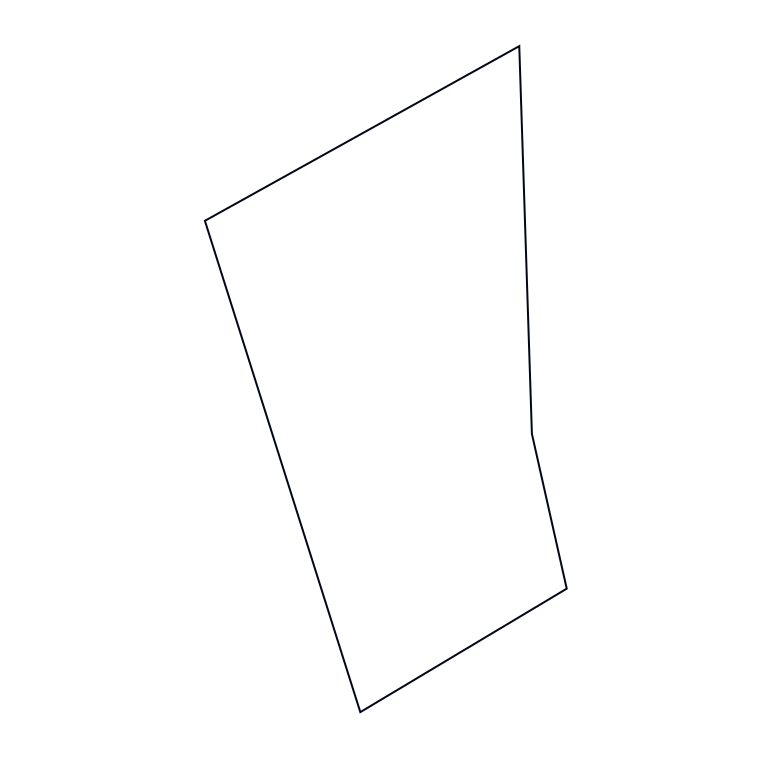 the border of Wong Tai Sin, rotated 265°
{"feature_id": "HKG-5160", "entity_name": "Wong Tai Sin", "entity_type": "state/province", "adm_level": 1, "iso_a3": "HKG", "parent_name": "Hong Kong S.A.R.", "parent_adm1": "", "projection": "mercator", "projection_center": [114.206, 22.344], "detail": "fine", "context": "isolated", "style": "outline", "palette": "ink", "viewbox_px": 768, "rotation_deg": 265, "n_neighbors": 0, "source": "natural_earth", "source_scale": "10m", "svg_char_len": 237}
<svg xmlns="http://www.w3.org/2000/svg" viewBox="0 0 768 768"><g transform="rotate(265 384 384)"><path d="M164.2,548.2L59.2,331.8L562.2,219.8L708.8,548.2L321.4,527.0L164.2,548.2Z" fill="none" stroke="#020617" stroke-width="2"/></g></svg>